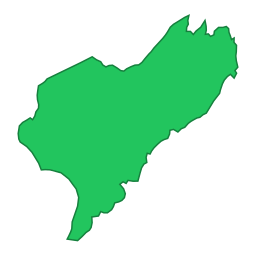 Santo Amaro das Brotas, Sergipe, Brazil (Robinson projection)
{"feature_id": "56859067B4442717767123", "entity_name": "Santo Amaro das Brotas", "entity_type": "district", "adm_level": 2, "iso_a3": "BRA", "parent_name": "Brazil", "parent_adm1": "Sergipe", "projection": "robinson", "projection_center": [-36.969, -10.786], "detail": "fine", "context": "isolated", "style": "filled", "palette": "green", "viewbox_px": 256, "rotation_deg": 0, "n_neighbors": 0, "source": "geoboundaries", "source_scale": "gbopen_adm2", "svg_char_len": 1926}
<svg xmlns="http://www.w3.org/2000/svg" viewBox="0 0 256 256"><path d="M67.2,239.1L77.6,240.6L81.9,236.7L86.0,232.5L89.4,230.2L91.1,227.5L92.1,222.7L91.8,217.0L98.5,216.0L100.7,211.6L103.9,212.8L107.4,212.8L111.6,209.7L113.4,206.6L114.7,202.9L118.7,201.9L121.9,200.4L124.4,197.7L125.3,193.7L123.6,188.8L119.8,184.3L123.1,181.8L126.1,183.4L128.0,180.4L133.1,181.2L137.9,181.1L140.0,173.2L141.6,167.8L143.9,164.1L146.8,162.5L146.1,157.4L147.2,153.3L150.1,154.0L151.6,151.0L154.0,147.8L157.5,144.3L161.0,141.2L164.2,139.5L167.7,138.4L169.6,134.0L169.9,130.3L173.5,129.4L177.9,132.0L181.3,128.7L184.8,127.3L188.2,123.4L191.0,121.3L194.1,119.5L196.9,118.0L199.9,117.3L203.0,114.7L206.3,113.1L213.7,100.9L216.5,97.3L219.6,93.3L220.4,89.9L222.4,83.9L224.3,80.1L227.4,76.5L230.4,74.3L234.1,78.1L236.6,73.2L234.9,70.6L237.8,67.2L236.3,60.7L235.8,55.9L236.3,51.7L236.5,45.3L234.0,42.4L234.1,38.0L231.5,39.6L230.4,36.1L229.0,32.4L228.6,28.6L226.3,26.5L223.1,27.4L218.6,27.4L214.4,31.2L213.9,34.8L210.6,36.4L208.3,33.9L205.4,34.3L206.3,30.1L206.1,26.2L205.0,20.5L200.8,27.2L196.1,31.0L193.3,34.5L190.4,31.4L186.4,31.4L186.7,27.2L188.3,24.2L187.8,20.5L188.9,15.4L184.5,17.5L181.8,19.2L177.6,21.8L173.5,24.3L170.3,27.2L167.5,32.0L165.5,35.0L162.7,38.5L156.9,44.8L154.1,47.8L151.2,51.7L149.0,53.9L145.0,58.6L142.0,62.4L138.7,64.9L135.0,65.1L131.0,66.7L126.7,68.8L123.8,71.1L120.7,70.6L117.0,67.9L112.5,65.2L109.1,65.5L105.9,66.9L102.8,65.0L100.7,61.7L96.5,59.8L92.2,56.8L80.4,62.8L47.1,78.9L44.9,81.6L42.5,83.4L38.5,85.8L37.7,91.1L37.2,95.2L37.5,99.7L38.7,104.6L38.5,108.2L35.9,111.9L34.8,116.1L32.6,119.7L30.2,117.9L26.6,120.2L22.6,122.5L19.4,125.9L18.2,133.5L18.8,139.0L20.2,142.0L26.8,146.6L32.0,152.3L38.7,163.2L41.3,169.9L45.1,169.6L50.0,169.8L61.1,172.8L64.0,175.1L68.9,179.0L73.4,185.2L76.2,188.9L78.7,197.4L77.6,206.2L72.2,221.9L71.8,228.8L70.7,231.9L68.7,236.2L67.2,239.1Z" fill="#22c55e" stroke="#15803d" stroke-width="1.5"/></svg>